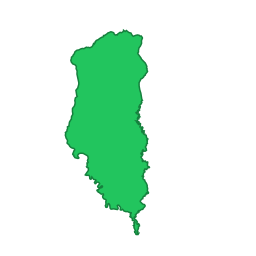 Pore, Casanare, Colombia (Albers equal-area conic projection), rotated 55°
{"feature_id": "7082276B49773009508333", "entity_name": "Pore", "entity_type": "district", "adm_level": 2, "iso_a3": "COL", "parent_name": "Colombia", "parent_adm1": "Casanare", "projection": "albers", "projection_center": [-71.878, 5.684], "detail": "fine", "context": "isolated", "style": "filled", "palette": "green", "viewbox_px": 256, "rotation_deg": 55, "n_neighbors": 0, "source": "geoboundaries", "source_scale": "gbopen_adm2", "svg_char_len": 5960}
<svg xmlns="http://www.w3.org/2000/svg" viewBox="0 0 256 256"><g transform="rotate(55 128 128)"><path d="M100.9,184.5L102.7,184.5L103.3,184.7L104.0,185.0L105.3,186.5L105.8,186.6L107.7,186.0L109.2,186.2L110.8,186.0L112.2,185.4L113.8,184.0L114.9,183.9L115.4,184.3L115.6,185.2L117.7,188.3L118.4,188.4L119.2,188.0L120.0,188.5L122.0,188.4L124.2,186.5L124.5,185.8L124.1,185.3L122.5,185.4L121.4,184.8L120.9,183.0L121.3,181.5L123.0,179.3L127.1,177.3L128.2,177.1L130.2,178.1L131.3,179.8L133.2,180.4L133.5,181.2L133.2,181.7L135.5,183.1L135.7,183.5L136.2,183.8L136.1,184.2L136.8,184.2L138.0,183.4L140.0,184.8L141.9,189.9L142.8,189.4L143.9,187.7L144.6,187.1L145.5,187.2L147.6,188.3L148.2,188.2L148.7,187.8L148.7,187.5L147.4,185.7L150.2,185.7L151.9,184.2L152.5,184.2L152.8,184.6L152.9,185.7L153.5,186.8L154.8,186.8L155.0,186.3L154.5,184.5L155.3,183.5L156.5,183.1L157.4,183.2L158.4,186.3L159.0,186.6L159.9,186.4L160.8,185.4L160.2,183.2L160.4,182.6L160.9,182.3L161.5,182.6L161.8,183.7L161.2,184.8L161.2,186.2L161.5,187.5L161.1,188.8L161.4,189.3L162.0,189.3L162.5,188.9L163.3,189.2L164.8,188.4L166.1,188.2L167.1,187.5L167.3,186.9L168.0,186.1L168.9,186.6L169.1,187.8L170.5,188.5L172.0,188.5L173.7,187.4L174.7,187.3L175.7,188.5L177.9,189.8L178.5,191.0L180.0,191.6L180.6,191.3L180.9,190.5L179.9,188.9L178.8,188.1L178.7,187.3L179.3,187.0L180.6,187.1L183.4,188.6L184.4,188.6L184.9,188.2L186.0,186.1L188.7,183.5L188.6,182.7L188.1,182.1L185.4,181.3L185.3,180.9L185.7,180.0L186.4,179.7L188.9,179.7L190.4,181.2L190.8,181.2L191.4,180.5L191.5,179.1L193.7,178.9L195.3,177.7L196.2,176.3L197.9,175.3L199.3,174.0L199.9,174.6L199.7,175.3L200.3,175.8L200.9,175.8L201.4,176.8L201.9,176.5L202.0,177.2L204.8,176.2L205.1,176.7L205.8,176.9L205.9,177.3L206.7,177.1L207.6,176.2L209.2,176.4L209.6,176.9L209.1,177.6L210.9,178.4L211.0,179.4L211.7,179.0L212.0,179.6L212.8,179.8L213.1,180.3L216.1,180.7L216.6,181.4L216.5,181.9L217.5,182.4L218.7,182.0L219.5,182.5L219.9,182.4L221.0,180.9L220.3,179.4L219.5,180.3L218.6,180.1L218.5,179.6L218.1,179.9L216.1,176.9L214.7,175.9L214.8,174.8L214.0,174.3L212.5,174.2L212.5,175.4L211.8,175.7L210.0,174.2L208.1,174.2L206.9,174.7L205.9,174.6L204.6,174.1L204.5,173.8L205.3,173.1L205.2,172.3L203.4,171.7L203.6,171.2L203.0,170.3L202.9,169.4L203.2,168.5L202.8,167.7L202.1,167.7L202.0,167.4L202.8,167.0L202.0,166.4L202.5,165.9L202.4,163.8L203.0,162.8L203.0,162.2L202.6,161.7L202.0,159.2L201.6,158.6L200.2,158.4L199.4,159.2L198.3,159.7L195.6,160.2L194.9,160.0L194.1,157.7L194.4,156.4L193.6,156.0L192.9,154.4L193.5,153.2L192.7,152.4L192.9,151.5L191.9,150.5L191.9,149.8L192.7,150.1L193.0,149.7L193.1,148.8L192.7,148.3L190.5,148.2L188.8,146.6L187.1,146.0L186.0,145.2L183.9,144.7L181.6,144.7L180.1,144.2L179.8,144.5L178.4,144.9L177.4,144.4L176.8,143.2L175.6,143.9L175.5,142.5L174.3,141.8L173.6,140.3L173.6,139.3L172.3,139.4L172.3,138.6L171.6,138.4L171.3,137.9L171.3,137.5L172.7,136.5L172.1,135.3L172.2,134.0L172.6,133.5L172.5,133.0L171.8,133.0L170.9,133.7L169.8,133.6L167.3,131.4L167.0,131.5L166.9,132.5L165.8,132.8L165.1,132.7L164.9,133.5L164.0,133.9L163.7,134.2L164.0,135.1L163.7,135.3L162.9,135.1L162.2,134.0L161.4,134.2L159.4,134.1L159.0,133.8L159.0,132.5L158.1,131.7L158.4,131.4L158.3,131.1L157.7,130.8L157.4,131.1L157.5,131.8L157.1,132.2L156.3,132.0L156.0,131.6L156.4,130.3L155.7,130.0L156.0,129.5L155.9,129.1L155.4,129.0L155.1,129.4L154.7,129.2L154.5,128.2L156.2,128.1L156.9,127.1L156.9,125.7L155.3,124.9L153.5,124.6L152.7,122.7L151.7,122.1L151.8,121.0L150.5,120.5L149.8,119.7L148.6,119.4L148.9,118.8L148.4,118.0L146.6,118.4L144.4,117.3L143.4,118.0L142.6,117.7L142.1,118.5L141.4,118.7L140.9,118.2L140.9,117.4L140.4,117.3L139.7,116.3L139.4,116.5L139.8,117.4L139.4,118.3L139.5,118.9L139.0,118.8L138.3,118.6L138.4,118.1L138.7,118.1L138.3,117.4L137.5,117.2L136.7,117.8L136.1,117.6L136.0,117.2L136.9,116.6L136.4,115.7L135.4,115.6L135.0,116.4L133.9,117.6L133.0,116.4L131.6,115.3L130.8,115.7L131.4,116.5L131.1,117.4L130.6,117.4L129.6,115.7L129.1,115.5L128.5,115.9L129.5,116.9L129.2,117.5L128.7,117.5L128.8,117.2L127.8,116.8L127.7,117.2L127.1,117.3L128.0,116.5L127.2,116.2L126.4,114.8L126.5,114.4L125.6,114.8L125.1,114.1L126.0,113.0L125.2,112.3L125.5,111.8L125.1,111.8L124.5,112.8L124.2,112.6L124.4,111.9L123.9,111.6L123.8,111.1L122.7,111.0L122.7,111.7L121.6,112.5L120.1,112.7L119.9,112.1L121.1,110.9L120.8,110.4L120.0,110.7L119.3,110.1L119.5,109.7L120.0,109.8L120.1,108.5L119.0,108.5L119.0,107.3L118.0,106.8L118.1,106.2L117.1,105.3L117.5,106.2L117.0,107.0L116.4,106.2L116.4,105.3L115.8,105.0L115.8,103.1L115.2,102.8L115.0,102.0L114.0,101.9L113.9,101.4L113.4,101.0L113.5,100.3L112.6,100.3L106.8,97.5L103.6,96.5L99.8,94.7L97.2,92.9L95.2,89.1L95.5,87.9L95.2,86.0L94.5,84.7L94.6,83.5L93.9,82.8L93.2,80.3L92.7,79.4L91.8,79.4L90.2,78.3L89.6,78.5L88.3,77.2L84.7,76.6L79.3,77.5L78.1,77.2L73.3,77.3L72.4,77.1L72.1,76.9L71.8,75.8L70.5,75.0L68.7,73.1L67.9,70.7L66.4,68.3L64.2,66.9L62.6,64.6L62.1,64.4L60.2,64.4L59.6,65.4L58.4,65.7L57.2,66.9L56.5,68.6L55.9,71.2L53.6,71.4L52.0,71.1L50.1,72.6L47.2,73.4L47.3,75.0L45.4,75.6L46.1,76.2L46.3,77.3L46.2,78.7L45.1,79.6L45.1,82.3L45.6,83.4L45.0,83.9L44.8,84.8L44.5,85.1L43.1,85.4L41.7,85.1L39.9,86.3L39.2,87.2L39.1,88.4L38.6,89.9L38.8,90.9L38.8,93.8L38.2,95.0L39.0,95.5L39.0,96.3L38.6,97.6L38.4,100.4L38.6,101.4L38.1,103.7L38.7,105.7L39.1,105.7L39.8,107.6L39.1,107.8L40.4,109.7L40.8,111.2L40.3,113.3L39.1,114.3L38.8,115.1L37.9,115.8L37.7,118.6L36.7,119.7L36.2,121.0L35.8,123.7L35.0,125.2L35.1,127.6L36.4,129.5L36.8,131.1L37.4,131.8L37.6,133.7L38.9,134.8L39.6,135.9L41.4,136.6L43.8,136.5L45.9,135.1L47.9,135.0L49.7,136.5L52.0,136.9L54.6,138.9L62.4,142.2L63.8,143.1L66.4,146.2L67.2,149.0L71.9,151.3L73.0,151.4L73.2,153.9L75.1,155.9L76.6,156.5L78.1,157.8L79.5,159.8L79.7,161.1L80.3,162.4L82.7,164.1L84.8,165.1L85.6,166.2L86.1,167.6L86.8,168.0L87.3,168.7L88.4,169.3L88.5,170.2L89.6,172.6L92.6,175.4L92.3,176.9L94.0,178.0L94.5,179.0L95.6,179.9L95.8,181.9L97.1,182.4L97.8,183.4L100.9,184.5Z" fill="#22c55e" stroke="#15803d" stroke-width="1.5"/></g></svg>